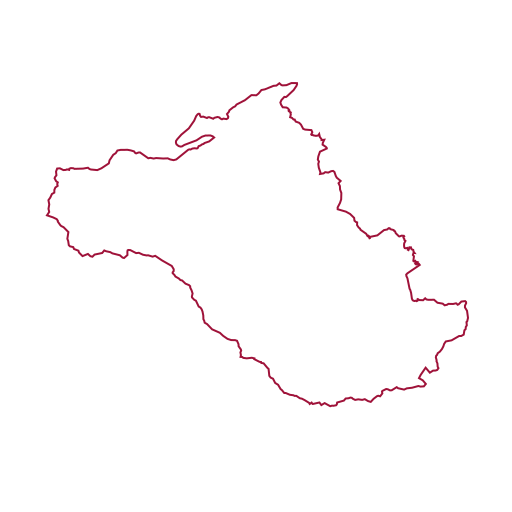 the district of Calimanesti, Vâlcea, Romania, rotated 349°
{"feature_id": "2599482B79862201668906", "entity_name": "Calimanesti", "entity_type": "district", "adm_level": 2, "iso_a3": "ROU", "parent_name": "Romania", "parent_adm1": "Vâlcea", "projection": "mercator", "projection_center": [24.315, 45.264], "detail": "fine", "context": "isolated", "style": "outline", "palette": "rose", "viewbox_px": 512, "rotation_deg": 349, "n_neighbors": 0, "source": "geoboundaries", "source_scale": "gbopen_adm2", "svg_char_len": 6090}
<svg xmlns="http://www.w3.org/2000/svg" viewBox="0 0 512 512"><g transform="rotate(349 256 256)"><path d="M395.0,404.1L401.2,398.0L404.4,403.7L407.9,402.3L410.5,402.7L412.2,402.4L413.7,400.9L413.2,399.3L413.6,396.0L413.1,393.7L413.4,392.8L413.2,389.8L413.9,388.2L414.9,387.6L415.8,386.1L418.2,385.0L420.8,382.8L422.7,380.4L423.9,378.2L426.0,376.1L431.9,376.1L440.1,373.3L442.1,373.7L444.9,372.8L446.4,368.7L447.8,367.8L448.4,365.7L449.7,364.3L450.0,361.0L450.8,360.5L452.3,357.2L452.7,350.1L451.3,346.3L451.7,344.5L453.3,342.4L453.4,341.2L452.7,340.2L448.9,339.9L445.7,342.1L444.6,342.3L443.7,340.8L443.0,340.6L440.3,340.7L435.7,339.7L434.3,340.3L431.8,340.4L430.2,338.4L425.2,336.5L422.4,332.9L416.8,331.9L415.0,331.2L414.0,329.8L411.6,331.3L407.9,330.4L406.6,329.1L406.3,329.2L406.0,330.7L405.1,331.0L404.3,330.4L402.8,330.4L401.4,329.4L400.9,327.7L401.2,321.7L400.9,318.5L400.5,317.5L400.4,306.8L399.8,304.4L399.9,302.9L401.3,301.9L415.0,296.0L414.5,295.0L413.8,295.0L413.5,294.3L411.1,295.0L412.0,294.3L411.1,294.4L410.8,293.5L412.2,293.4L413.1,292.7L411.6,292.1L411.4,291.1L409.9,291.2L409.5,290.8L411.0,286.4L410.2,284.9L411.2,283.0L412.2,283.3L411.5,281.8L411.5,280.0L410.0,279.1L409.7,277.1L408.5,277.3L408.2,275.9L408.2,277.2L406.8,279.3L406.2,278.8L406.5,278.1L406.1,276.9L404.4,277.0L403.5,276.6L403.2,275.4L403.4,273.6L403.9,271.8L405.6,269.7L404.7,268.5L404.8,267.3L404.2,266.1L404.4,265.2L405.2,264.9L405.0,264.4L402.8,263.8L400.7,264.2L400.0,263.9L397.5,260.2L397.2,258.3L396.5,257.9L396.1,256.8L393.0,255.3L392.5,254.2L391.5,254.0L389.9,255.0L386.6,255.0L379.1,258.9L371.6,259.0L371.1,258.5L371.2,260.1L370.8,260.2L370.4,258.6L369.3,257.8L368.4,255.2L363.6,250.2L363.3,248.9L362.2,247.6L361.1,245.0L361.7,242.3L360.6,241.7L359.4,240.1L359.6,237.3L356.4,232.7L352.7,229.6L345.1,225.7L345.4,223.9L348.6,219.9L350.4,216.7L351.8,210.4L351.2,206.8L351.7,203.4L350.9,200.3L353.4,198.5L350.2,194.5L349.6,192.6L349.0,188.4L347.9,187.2L346.0,187.1L342.8,187.9L339.9,186.9L338.1,187.8L334.5,187.7L335.2,186.2L334.5,181.3L334.7,177.4L335.8,175.4L335.1,173.1L336.2,170.1L338.7,165.8L346.0,164.0L346.0,163.2L345.2,162.0L342.6,159.4L343.2,157.6L345.2,154.9L342.5,154.7L342.7,154.1L341.4,151.3L341.3,148.3L340.0,149.6L337.8,149.5L335.2,148.5L334.8,147.9L333.7,147.8L333.4,147.2L334.9,145.2L334.4,143.0L328.4,141.3L326.6,140.2L325.2,135.6L323.8,133.5L320.6,131.6L320.0,129.4L318.9,129.2L317.7,127.3L316.0,126.3L317.2,123.6L317.1,122.2L317.5,121.7L315.8,120.1L315.8,119.4L316.5,119.1L315.6,117.3L314.3,116.1L310.6,115.1L309.5,112.2L309.2,110.0L310.7,107.8L314.2,105.2L315.7,105.7L317.0,105.1L324.6,100.3L328.2,96.7L329.1,95.2L329.2,94.1L323.7,93.0L318.5,94.1L314.7,93.6L313.6,93.1L311.9,90.9L308.6,92.6L305.7,92.3L296.5,94.1L293.0,94.1L289.5,97.0L287.0,98.3L282.2,97.2L275.0,100.9L265.8,103.6L264.1,105.1L261.9,105.7L257.7,107.9L256.9,109.3L254.6,111.1L255.4,114.1L254.7,115.4L253.2,116.0L250.1,114.9L249.1,115.3L248.2,115.1L246.8,113.7L246.6,113.1L244.8,112.2L241.5,112.4L240.2,113.1L236.5,110.8L235.4,110.7L234.2,111.2L230.8,109.1L228.6,109.0L227.9,107.7L227.7,105.7L226.8,105.4L225.8,105.7L224.0,107.2L221.1,111.4L214.4,117.9L205.9,122.6L200.9,126.4L199.4,127.9L199.0,129.6L199.3,131.3L201.0,133.3L202.8,134.2L204.2,134.3L206.9,133.3L219.7,131.1L225.7,128.6L229.4,128.1L234.3,129.0L236.4,130.3L237.5,131.7L231.9,134.6L226.9,135.3L225.9,136.0L224.4,136.1L222.5,137.0L220.7,137.2L219.4,138.9L218.5,139.2L216.2,138.5L214.0,138.4L212.1,139.0L210.9,138.6L209.7,138.8L196.2,146.0L193.4,146.2L190.1,144.8L188.0,143.3L183.5,142.6L176.7,140.8L174.1,140.8L171.0,139.5L168.9,139.5L161.9,132.2L160.4,132.0L157.9,132.4L157.1,131.8L156.2,130.0L153.1,128.4L150.3,127.3L143.6,126.0L140.1,126.0L137.9,128.3L135.2,129.4L130.5,134.1L129.2,137.0L121.0,140.4L116.6,141.4L110.5,139.6L109.2,138.9L107.9,137.3L102.9,137.2L94.4,135.8L93.4,135.0L91.1,134.4L89.4,134.7L89.0,135.8L87.0,134.9L85.7,135.2L83.3,134.9L80.2,132.5L77.5,132.2L75.8,135.0L75.5,138.7L73.7,140.3L73.1,141.3L74.1,144.5L75.5,145.9L74.6,147.4L74.7,149.3L72.1,150.5L70.7,152.6L70.1,155.3L67.5,156.2L65.2,159.4L62.9,161.6L62.9,165.9L61.3,170.1L61.4,173.3L58.6,176.2L64.2,179.4L67.4,181.8L68.2,183.6L68.0,184.4L69.8,188.4L70.5,189.4L72.6,191.0L76.4,196.7L74.1,203.1L74.5,205.5L74.3,209.6L75.2,211.0L78.3,212.4L78.7,214.4L82.7,216.9L82.9,218.8L85.7,223.0L91.4,221.9L93.4,224.6L95.3,225.5L97.8,223.8L105.6,223.7L108.1,221.6L109.7,222.7L113.7,224.4L115.5,226.0L122.5,229.3L124.7,232.1L126.1,232.8L130.0,230.5L130.5,227.5L131.0,226.0L131.7,225.7L133.7,226.2L138.9,230.3L141.6,230.5L145.3,233.2L148.8,234.6L150.2,234.7L154.4,236.9L157.1,236.6L162.9,242.4L171.4,249.7L172.7,253.3L172.3,255.1L171.1,256.1L170.9,256.9L172.4,259.2L173.0,260.8L176.0,263.4L177.2,265.2L178.8,265.9L181.5,269.7L184.7,271.8L185.6,273.1L185.4,274.5L186.2,277.4L186.6,280.7L185.3,283.6L185.3,284.5L187.0,287.2L188.5,288.4L190.1,294.7L191.6,296.0L192.5,298.0L192.9,300.4L192.9,304.4L192.3,308.0L192.8,309.7L192.9,311.7L195.0,313.5L198.9,319.6L205.9,324.5L208.5,328.1L212.2,331.9L215.6,333.8L219.4,334.6L221.2,335.6L222.0,339.2L221.7,341.3L223.3,344.8L223.4,346.0L222.3,347.7L222.3,350.4L221.6,352.1L223.2,352.5L224.1,353.6L227.4,354.7L232.5,355.1L234.9,356.2L234.6,356.9L239.3,360.6L240.7,361.0L240.8,362.0L243.0,362.8L245.8,367.9L246.8,369.2L246.2,376.2L247.2,378.2L249.3,379.7L250.6,384.3L253.1,386.6L254.8,391.4L255.8,392.5L257.6,395.9L259.1,396.2L262.8,398.7L266.3,399.9L267.0,400.6L268.9,401.0L271.9,404.0L273.8,404.8L276.2,406.7L280.1,410.3L280.5,411.5L282.6,410.5L283.3,412.0L283.7,412.1L290.3,411.9L291.7,414.8L295.3,413.5L300.2,417.6L302.1,417.4L303.4,417.8L306.2,417.8L307.0,417.1L307.7,415.3L314.7,414.7L316.8,413.0L319.7,413.3L321.7,413.0L323.0,413.5L323.9,414.7L325.9,416.2L329.0,416.2L332.8,417.5L335.5,417.3L338.3,419.8L340.8,421.1L344.2,418.6L348.0,416.7L349.3,416.5L351.1,417.4L353.8,415.0L353.8,413.1L354.2,412.6L358.4,411.4L360.0,412.0L361.9,413.5L363.6,413.7L369.1,411.6L370.2,412.9L375.9,415.4L378.8,414.7L384.1,415.1L390.6,414.6L392.6,415.6L395.9,416.0L398.3,414.0L396.0,409.9L392.7,407.0L395.0,404.1Z" fill="none" stroke="#9f1239" stroke-width="2"/></g></svg>